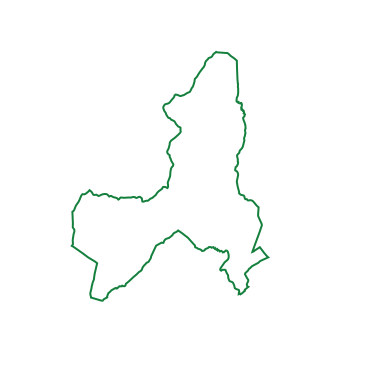 outline of Ninh Son, Ninh Thuận, Vietnam, rotated 27°
{"feature_id": "81297802B88768197538102", "entity_name": "Ninh Son", "entity_type": "district", "adm_level": 2, "iso_a3": "VNM", "parent_name": "Vietnam", "parent_adm1": "Ninh Thuận", "projection": "equal_earth", "projection_center": [108.74, 11.71], "detail": "fine", "context": "isolated", "style": "outline", "palette": "green", "viewbox_px": 384, "rotation_deg": 27, "n_neighbors": 0, "source": "geoboundaries", "source_scale": "gbopen_adm2", "svg_char_len": 6076}
<svg xmlns="http://www.w3.org/2000/svg" viewBox="0 0 384 384"><g transform="rotate(27 192 192)"><path d="M149.9,56.2L149.7,56.9L148.9,58.4L148.6,59.3L148.4,60.1L148.3,62.0L148.1,62.6L147.9,63.1L146.0,65.2L145.8,66.7L145.1,68.6L145.0,69.4L145.0,70.6L145.7,73.1L145.8,74.9L145.1,78.2L144.5,81.7L144.3,83.5L144.1,87.1L143.2,90.0L144.1,92.5L144.8,96.4L144.9,97.9L144.6,99.8L144.7,101.9L144.6,103.7L144.4,104.1L142.9,105.8L140.9,109.1L140.2,109.9L139.7,110.2L138.6,111.5L137.8,111.9L135.7,112.0L133.3,112.5L133.1,112.7L132.6,113.9L132.9,115.0L132.8,116.3L132.0,119.5L131.7,121.3L131.3,122.8L130.6,123.9L128.2,126.1L127.9,127.1L127.8,128.8L128.0,129.6L128.5,130.5L130.4,132.2L130.9,132.6L132.5,133.3L133.9,134.7L136.7,136.4L137.5,136.6L138.6,136.3L139.1,136.3L140.3,137.0L143.7,136.9L144.2,137.0L145.4,137.6L146.9,138.7L149.9,139.9L152.0,139.8L152.5,139.9L152.8,140.3L153.7,142.3L154.3,142.9L154.6,143.4L154.5,144.8L153.9,146.8L152.0,151.8L150.2,155.3L149.8,157.2L149.9,158.4L150.6,160.0L151.4,163.9L151.4,166.7L151.7,167.6L152.5,168.5L153.8,169.1L155.3,169.3L155.6,169.6L156.3,171.0L156.6,171.3L157.5,171.7L158.3,172.6L159.9,174.0L162.0,175.3L162.7,175.8L163.0,176.2L163.2,177.5L162.8,179.0L162.7,179.8L162.7,180.6L162.9,181.3L163.6,183.8L165.2,187.5L165.5,189.1L166.0,193.9L166.2,194.8L168.0,197.4L168.4,198.8L168.4,199.3L168.2,199.7L166.5,199.6L165.8,199.7L164.1,200.5L163.9,200.9L163.8,202.9L161.9,206.6L161.3,208.7L161.1,211.1L159.3,215.3L157.8,217.1L157.2,218.8L156.6,219.9L155.1,220.6L153.2,222.6L152.7,222.9L152.1,223.0L151.8,222.7L150.3,220.6L150.0,220.3L147.8,220.0L146.9,220.5L145.4,222.4L144.6,222.7L143.8,222.5L143.3,222.5L141.6,223.3L140.1,224.7L137.8,225.8L134.1,228.0L131.1,229.2L130.7,229.7L130.3,231.5L129.8,232.2L127.9,231.5L124.0,232.3L121.8,232.2L121.1,232.6L120.3,233.6L117.8,232.7L116.1,232.9L114.8,233.6L113.6,234.5L112.4,235.7L111.5,237.0L110.5,238.0L108.1,237.8L106.3,239.0L105.8,239.2L105.0,239.1L103.2,237.9L102.1,237.4L99.9,236.9L99.5,238.6L98.0,242.0L97.0,243.0L95.5,243.6L95.2,244.1L95.0,245.8L95.3,249.5L95.4,252.0L94.8,256.5L94.8,257.6L95.2,261.7L95.0,262.8L94.4,263.9L100.1,274.0L101.8,277.6L102.9,278.3L104.0,278.8L104.4,279.2L105.2,280.8L105.6,283.2L107.1,287.8L107.6,289.1L109.6,292.5L109.6,293.1L109.4,294.6L110.9,294.6L122.1,296.2L129.1,297.4L137.0,298.0L139.8,298.5L142.4,309.1L143.6,312.6L144.3,314.4L144.6,317.6L145.5,321.5L146.3,324.0L147.0,327.2L147.5,328.7L148.2,329.8L149.5,331.1L149.9,331.9L159.5,330.1L161.0,329.8L161.8,329.3L162.2,327.4L164.3,324.4L163.8,323.7L163.4,320.1L164.2,318.4L164.8,316.2L167.4,312.3L167.8,312.0L168.3,312.3L168.9,312.1L169.4,311.0L170.0,309.2L170.2,308.9L171.8,308.2L172.2,307.3L172.7,307.5L174.7,306.5L175.0,306.1L175.1,305.7L174.8,303.8L176.5,299.8L178.3,294.7L180.0,290.7L181.0,287.6L182.2,285.5L182.4,284.8L182.6,283.7L182.3,282.4L182.3,281.3L182.7,279.0L183.2,277.8L183.5,276.2L183.8,275.5L184.6,274.6L185.0,273.9L185.3,269.6L184.8,267.8L184.4,256.1L187.9,250.9L188.9,250.7L189.6,250.3L189.4,247.8L189.8,246.2L190.3,245.4L192.4,243.3L193.8,240.3L194.2,239.1L194.2,238.0L194.4,237.2L195.0,236.2L196.5,234.2L197.1,232.6L201.1,233.1L209.1,234.6L218.2,238.1L218.8,238.2L219.8,239.7L220.2,239.8L221.6,239.6L223.4,239.8L225.5,239.4L226.5,239.5L227.8,240.0L229.3,238.8L229.7,238.1L229.8,236.9L231.8,234.4L232.1,233.4L233.4,232.7L234.0,232.6L234.8,232.7L235.1,232.2L235.5,232.1L236.2,231.4L237.1,232.0L237.8,231.9L238.2,232.2L238.4,232.0L238.8,232.0L238.8,231.8L239.4,232.3L239.8,232.3L240.2,231.8L240.3,232.2L241.0,232.4L241.2,232.2L241.5,232.5L242.1,231.7L242.6,232.0L243.2,231.8L243.8,232.3L244.8,231.2L245.9,231.4L246.3,231.3L246.7,231.6L246.8,231.3L247.7,231.3L248.8,228.7L249.8,228.5L250.5,228.7L251.3,229.2L252.8,230.9L253.8,232.4L254.4,233.8L254.7,235.2L254.3,236.8L253.0,239.9L252.8,241.1L252.7,242.3L252.0,247.1L252.2,247.9L252.5,248.5L252.9,248.8L253.8,248.8L254.3,247.6L254.6,247.4L256.8,246.3L257.5,246.4L258.2,247.2L259.7,248.4L261.6,249.6L262.4,250.5L263.2,252.0L265.0,253.7L265.7,254.2L266.3,254.3L268.7,254.0L269.4,254.1L270.1,254.5L271.9,256.0L273.9,258.3L275.6,258.4L277.4,258.1L278.5,258.2L279.1,259.0L279.6,260.8L280.0,261.8L280.8,260.8L281.4,261.1L281.5,260.6L282.1,260.4L282.4,259.9L284.0,256.0L283.8,255.7L283.5,255.6L283.5,254.9L285.3,250.9L284.5,250.9L284.1,251.0L283.0,249.8L282.7,249.1L282.5,245.8L282.0,244.8L281.6,244.5L280.4,243.9L276.6,241.3L276.3,240.3L276.6,239.2L277.4,237.2L277.6,236.3L277.6,235.0L277.9,234.1L278.3,233.6L279.0,231.3L279.4,230.5L283.3,224.9L283.8,223.2L284.6,221.9L289.6,215.6L287.8,215.1L283.9,213.5L277.5,210.4L274.6,215.4L273.9,217.0L273.0,218.0L272.1,211.3L270.5,197.7L269.4,190.1L269.2,189.6L268.4,188.7L262.1,183.6L261.5,182.8L260.7,181.1L258.3,175.4L255.9,174.8L251.0,172.7L249.8,172.4L248.0,172.6L246.1,173.9L245.5,174.1L245.0,174.0L244.5,173.6L244.0,173.5L242.9,174.1L242.3,174.0L241.8,173.6L240.7,172.2L239.9,171.7L239.5,171.7L236.7,172.3L234.7,171.9L233.9,170.5L230.2,166.4L227.8,163.2L227.1,162.2L225.5,156.2L225.0,155.2L223.9,154.0L223.4,153.6L222.8,153.3L220.8,153.1L220.5,152.9L220.3,152.5L219.6,150.0L219.7,149.7L220.2,148.8L220.2,146.2L219.5,144.4L219.0,144.2L218.0,142.1L216.1,139.9L215.6,139.1L215.5,138.3L216.3,135.6L215.9,134.1L215.8,133.5L216.1,132.2L216.6,130.7L216.7,128.6L215.3,122.5L215.2,122.1L214.3,121.1L214.1,120.7L213.8,119.3L213.7,118.3L213.1,116.3L213.1,115.7L211.1,112.7L210.9,112.0L211.0,111.2L210.8,110.9L209.3,108.4L207.2,106.1L205.6,104.8L204.2,103.3L203.9,102.7L204.1,101.2L204.3,100.9L204.3,100.3L204.0,99.6L204.0,99.0L203.6,98.9L203.6,98.7L203.2,98.3L202.4,98.4L202.3,97.6L202.1,97.5L201.9,97.0L201.6,96.9L201.3,96.4L201.1,96.4L200.9,96.5L200.8,96.0L199.9,95.9L199.4,96.3L198.6,96.2L197.8,94.9L198.1,94.6L197.5,94.3L197.3,92.6L197.0,92.0L196.6,91.1L196.0,91.0L195.5,90.3L195.1,90.5L194.8,91.1L194.6,91.3L192.6,91.5L192.4,91.4L192.3,90.6L191.7,90.8L191.2,91.2L190.8,91.2L190.2,90.5L189.1,87.6L189.1,85.5L188.1,82.6L185.9,78.4L185.2,77.6L183.8,74.5L183.4,74.3L181.1,70.5L176.1,61.6L172.3,54.6L168.7,53.7L164.7,53.2L161.5,52.2L160.6,52.1L150.6,56.3L149.9,56.2Z" fill="none" stroke="#15803d" stroke-width="2"/></g></svg>